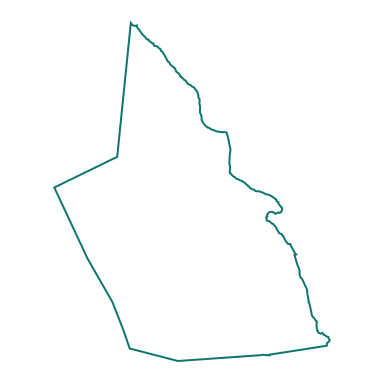 the district of Faasalelelaga IV, Fa'asaleleaga, Samoa
{"feature_id": "51752279B84305185807219", "entity_name": "Faasalelelaga IV", "entity_type": "district", "adm_level": 2, "iso_a3": "WSM", "parent_name": "Samoa", "parent_adm1": "Fa'asaleleaga", "projection": "mercator", "projection_center": [-172.223, -13.576], "detail": "fine", "context": "isolated", "style": "outline", "palette": "teal", "viewbox_px": 384, "rotation_deg": 0, "n_neighbors": 0, "source": "geoboundaries", "source_scale": "gbopen_adm2", "svg_char_len": 2653}
<svg xmlns="http://www.w3.org/2000/svg" viewBox="0 0 384 384"><path d="M177.9,361.0L261.5,355.1L263.0,354.7L266.2,355.2L267.9,355.1L269.7,355.3L269.7,354.6L285.4,352.2L326.3,345.8L326.8,345.7L327.0,343.3L329.3,341.2L329.7,340.0L328.8,338.7L328.2,336.9L327.0,336.7L325.0,335.3L323.4,334.6L323.2,333.8L322.4,333.0L320.6,333.6L319.1,333.0L318.2,332.4L317.8,331.5L317.9,330.9L317.2,330.6L316.9,329.2L316.5,324.4L316.9,322.2L316.3,320.8L315.6,320.6L314.3,318.3L313.0,317.2L311.9,315.2L310.9,310.1L309.3,303.2L308.6,302.5L308.8,301.6L308.2,298.1L307.5,294.6L307.3,292.3L307.0,289.6L306.1,287.4L304.7,284.9L304.1,283.1L302.1,279.0L300.7,277.7L300.2,276.5L299.6,274.3L299.6,271.3L298.9,268.2L297.9,266.0L297.0,263.6L295.5,258.4L295.1,257.4L294.8,255.4L294.5,255.0L296.2,254.5L294.9,253.0L294.2,251.8L290.8,245.6L290.6,244.5L290.0,243.8L288.7,244.0L288.0,243.8L286.6,242.3L285.5,240.8L284.2,238.2L283.5,236.3L282.6,235.8L281.7,234.1L279.2,233.2L276.7,229.0L275.9,227.3L273.2,224.0L271.8,223.5L269.9,221.6L269.0,221.1L268.1,221.1L266.6,220.3L266.6,219.1L266.3,217.2L267.3,216.7L266.9,215.3L268.3,213.0L270.1,211.9L272.4,211.9L274.2,212.8L275.4,213.8L278.4,212.4L279.7,212.9L281.1,212.0L281.8,210.8L282.2,208.9L281.4,206.9L280.9,206.9L278.5,203.5L278.3,202.1L277.8,202.1L276.4,200.8L276.2,199.4L275.5,199.2L273.4,197.4L272.0,196.6L271.3,195.9L269.7,195.4L268.4,194.6L265.7,194.3L263.9,193.1L262.3,192.4L259.0,191.3L255.8,191.2L254.8,190.6L254.3,189.8L252.5,189.4L250.4,188.3L249.6,187.6L249.0,186.5L248.0,186.1L247.6,185.3L245.9,184.0L245.0,182.8L243.7,182.4L242.4,181.2L239.5,180.1L238.3,179.2L236.9,179.0L235.8,178.3L234.6,176.9L233.8,176.8L231.9,175.1L230.8,173.6L229.7,172.9L230.1,166.7L229.3,163.2L229.7,155.5L230.5,149.4L229.3,144.0L228.2,138.2L226.6,132.5L224.0,132.1L220.9,132.1L216.3,131.3L212.8,129.8L210.6,129.1L209.3,127.8L208.0,127.8L205.3,125.5L203.4,123.3L201.7,120.1L201.4,115.6L200.1,112.9L199.9,109.9L200.1,106.7L199.4,103.7L199.7,101.3L199.4,98.9L198.4,97.5L198.4,95.5L197.0,91.1L195.3,89.4L193.9,87.3L191.6,86.3L191.2,85.6L187.1,83.3L186.6,81.7L185.1,80.2L184.2,80.0L183.1,78.5L182.4,78.3L181.4,77.3L181.3,76.7L180.4,76.6L179.5,74.4L178.5,73.2L176.6,72.0L175.9,70.9L175.3,69.0L174.7,68.1L173.9,67.6L172.5,66.2L171.7,65.8L170.2,64.4L169.1,62.1L168.0,61.7L165.8,57.5L162.5,51.8L161.0,50.9L160.4,48.9L158.7,48.0L157.3,46.4L154.3,45.8L153.5,44.7L153.5,43.5L152.3,43.3L151.2,42.3L149.5,41.3L148.2,39.3L147.0,39.4L144.5,36.4L141.9,33.9L139.6,30.4L137.2,27.5L136.9,25.4L135.1,25.9L134.3,25.9L132.5,25.0L130.8,23.0L117.2,156.8L54.3,187.5L87.5,258.5L112.4,302.0L123.8,331.2L129.7,348.5L177.9,361.0Z" fill="none" stroke="#0f766e" stroke-width="2"/></svg>